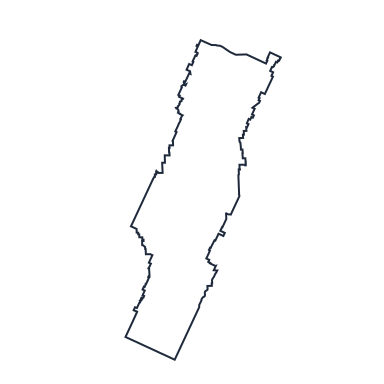 outline of Brookton, Western Australia, Australia, rotated 295°
{"feature_id": "25037944B61457505310320", "entity_name": "Brookton", "entity_type": "district", "adm_level": 2, "iso_a3": "AUS", "parent_name": "Australia", "parent_adm1": "Western Australia", "projection": "natural_earth1", "projection_center": [117.012, -32.355], "detail": "fine", "context": "isolated", "style": "outline", "palette": "slate", "viewbox_px": 384, "rotation_deg": 295, "n_neighbors": 0, "source": "geoboundaries", "source_scale": "gbopen_adm2", "svg_char_len": 5396}
<svg xmlns="http://www.w3.org/2000/svg" viewBox="0 0 384 384"><g transform="rotate(295 192 192)"><path d="M32.5,193.0L32.7,247.2L88.5,247.2L90.6,247.2L90.9,247.1L92.4,246.4L92.6,246.3L93.4,246.3L93.6,246.3L97.7,246.4L97.9,246.3L98.3,246.1L98.6,246.0L98.9,246.0L100.6,246.2L100.9,246.3L101.7,246.7L101.9,246.8L102.3,247.3L102.5,247.4L102.8,247.5L103.0,247.5L104.7,247.1L105.5,246.5L106.2,246.1L106.3,246.1L107.2,245.9L107.3,245.9L107.6,246.0L108.1,246.2L108.4,246.4L108.8,246.8L109.4,247.0L109.9,247.3L110.0,247.3L110.3,247.3L113.4,245.7L115.3,249.6L117.5,248.5L117.7,248.9L120.0,247.7L120.7,247.3L121.4,247.4L122.1,247.3L122.3,247.3L122.5,247.3L124.0,247.7L124.3,247.7L128.2,247.7L128.4,247.8L128.8,248.0L131.5,248.0L131.4,247.8L131.3,247.6L131.1,247.2L130.9,246.1L130.8,245.9L130.3,244.8L135.0,244.8L134.9,244.7L134.9,238.4L135.5,238.4L135.5,236.3L137.8,236.3L137.8,233.1L143.1,233.1L146.5,233.0L146.6,231.9L149.1,231.9L149.1,232.6L151.4,232.6L157.8,232.8L157.8,233.7L165.4,233.7L165.4,239.0L168.8,239.0L168.8,234.1L173.0,234.1L173.0,234.5L178.5,234.5L182.1,234.5L187.0,231.9L187.1,232.0L187.1,234.5L188.1,236.8L188.4,236.7L188.6,236.7L192.5,236.7L208.3,236.7L209.6,235.8L209.6,235.7L209.8,235.7L210.5,235.3L226.7,227.0L226.9,226.9L227.3,226.9L227.6,227.1L232.2,224.8L232.7,225.9L233.0,225.7L232.9,225.4L236.8,223.5L239.1,228.5L238.6,228.9L238.9,229.5L239.0,229.5L240.9,228.4L240.9,228.5L242.3,227.8L242.3,227.7L245.1,226.1L244.0,223.8L248.4,221.3L248.6,221.6L251.8,219.8L251.1,218.4L252.4,217.8L256.4,215.5L256.4,215.4L257.3,214.9L257.6,213.9L260.8,212.0L262.6,215.5L265.4,213.9L265.9,214.8L269.2,213.1L270.4,215.5L273.5,213.8L273.5,214.5L277.4,214.5L277.4,212.7L279.8,212.6L282.2,212.5L282.2,214.2L285.0,214.1L285.0,215.7L287.6,215.7L287.6,213.6L293.9,213.6L293.9,211.2L294.1,211.3L300.2,214.5L301.1,215.1L303.3,215.1L303.3,213.6L305.6,213.6L305.6,212.5L311.6,212.5L311.6,216.6L330.7,216.6L330.8,216.6L330.8,214.9L334.8,214.9L334.8,211.7L339.2,211.6L339.3,211.7L339.2,211.9L339.2,212.2L339.2,212.4L339.5,212.6L340.1,213.0L340.6,213.1L341.3,213.1L341.6,212.8L341.9,212.8L342.1,213.1L345.5,213.1L345.5,214.5L346.8,214.5L347.2,214.4L347.2,214.8L347.3,214.8L347.5,214.8L347.8,215.5L348.0,215.4L348.3,215.4L348.6,215.2L348.9,215.3L349.3,215.5L350.2,215.3L350.3,215.4L350.4,215.6L351.5,215.6L351.5,212.2L351.5,203.7L345.6,203.7L345.7,204.1L342.7,204.1L342.7,204.8L339.7,204.8L339.7,203.8L339.7,201.0L339.7,199.7L339.7,183.1L339.3,182.5L339.2,182.2L334.9,173.7L334.9,167.5L335.2,165.5L336.4,158.2L336.4,157.3L336.4,155.9L336.4,155.7L335.3,152.6L335.3,152.1L335.3,151.9L335.3,151.7L333.5,147.6L333.5,147.3L333.4,142.8L333.3,135.7L333.2,135.7L327.6,135.8L327.6,134.4L326.3,134.4L326.3,135.8L320.5,135.9L320.5,136.0L320.5,137.8L320.5,138.0L320.4,138.4L319.5,138.4L319.5,138.6L317.3,138.6L317.3,137.4L316.2,137.3L314.7,137.4L313.7,137.4L313.1,137.4L312.9,137.3L310.5,137.4L310.5,138.2L306.9,138.3L306.9,137.8L306.8,137.2L306.8,136.2L306.8,135.3L300.5,135.4L300.6,139.2L298.4,140.7L298.4,139.3L289.0,139.3L289.0,138.0L288.2,138.0L286.8,139.1L286.7,139.4L286.4,139.5L286.4,140.4L287.2,141.1L285.7,141.1L285.7,139.6L285.2,138.7L283.5,137.7L282.6,138.0L282.2,138.4L282.2,138.6L274.2,138.6L274.2,140.1L272.8,140.0L272.8,144.5L272.6,144.5L272.2,144.2L272.2,143.6L271.0,143.6L270.1,144.1L269.2,143.6L269.2,143.4L268.9,142.9L268.2,143.1L267.9,143.1L267.4,143.3L266.9,143.1L266.5,143.6L265.5,143.5L265.2,143.6L263.9,143.0L263.2,143.3L262.4,143.1L261.5,141.9L261.0,142.6L261.2,143.6L260.9,144.5L260.3,145.2L259.3,145.6L259.2,145.6L259.2,145.8L257.9,145.8L257.9,148.1L257.5,148.1L257.5,150.7L257.5,151.0L257.1,150.8L256.8,150.8L254.5,150.7L254.3,150.7L254.0,150.6L253.8,150.5L253.5,150.8L253.1,150.8L253.1,151.3L248.6,151.3L248.3,151.1L247.5,151.2L247.1,151.3L239.8,151.3L239.8,152.7L230.1,152.8L230.1,153.2L226.3,155.1L224.8,151.9L222.5,153.0L222.3,152.4L218.2,154.5L218.3,154.7L218.3,154.8L215.7,156.2L213.7,151.8L207.1,155.1L205.9,152.6L196.9,157.3L195.0,153.3L195.4,153.0L195.7,152.5L195.8,152.0L195.8,151.8L195.7,151.5L195.5,151.3L195.4,150.9L195.5,150.8L195.4,150.8L192.8,152.1L192.2,150.9L190.1,152.0L189.8,151.4L188.8,151.4L188.4,151.2L156.4,151.2L153.0,151.2L135.1,151.2L135.1,157.2L135.1,157.4L131.8,159.0L132.4,160.4L130.9,161.1L131.3,162.1L128.7,163.4L129.9,166.1L127.8,167.1L128.3,168.2L127.1,168.8L126.5,167.5L122.8,169.3L123.0,170.6L122.6,171.6L122.4,172.7L120.6,173.6L120.7,174.1L118.2,175.4L116.1,176.5L118.0,180.4L118.0,182.8L109.7,182.8L109.7,185.0L104.7,185.0L104.7,184.8L104.3,184.8L104.3,185.6L102.7,186.4L102.4,186.6L102.2,186.7L100.0,187.9L99.6,188.1L98.8,188.5L98.6,188.6L97.6,189.1L97.6,188.3L96.4,188.3L96.4,189.2L92.7,189.2L92.7,189.3L90.0,189.3L90.0,189.2L89.6,189.2L89.3,189.0L89.2,189.2L88.6,189.2L88.4,189.0L88.2,189.1L85.9,189.2L85.9,188.4L82.7,188.4L82.7,190.8L77.5,190.9L77.6,192.5L75.9,192.6L75.6,192.2L74.9,192.2L74.9,190.9L73.3,190.9L73.3,192.0L73.2,192.0L72.7,191.9L72.4,191.8L72.3,191.7L72.2,191.7L71.6,191.1L71.5,190.9L71.3,190.7L71.2,190.8L71.2,191.5L70.1,191.6L69.6,191.5L69.2,191.1L63.6,191.1L63.5,189.1L60.2,189.1L60.2,190.5L60.4,191.5L60.4,191.9L60.4,192.6L60.1,192.6L60.1,192.9L49.5,193.0L49.4,193.0L48.7,193.0L47.9,193.0L43.4,193.0L42.9,193.0L42.7,193.0L41.7,193.0L41.0,193.0L40.9,193.0L40.7,193.0L40.3,193.0L39.7,193.0L38.6,193.0L38.1,193.0L36.1,193.0L35.8,193.0L35.5,193.0L35.4,193.0L35.1,193.0L32.5,193.0Z" fill="none" stroke="#1e293b" stroke-width="2"/></g></svg>